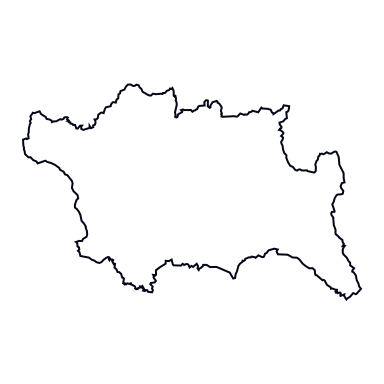 Yamethin, Mandalay, Myanmar (orthographic projection)
{"feature_id": "60261553B80519287808549", "entity_name": "Yamethin", "entity_type": "district", "adm_level": 2, "iso_a3": "MMR", "parent_name": "Myanmar", "parent_adm1": "Mandalay", "projection": "orthographic", "projection_center": [96.12, 20.484], "detail": "fine", "context": "isolated", "style": "outline", "palette": "ink", "viewbox_px": 384, "rotation_deg": 0, "n_neighbors": 0, "source": "geoboundaries", "source_scale": "gbopen_adm2", "svg_char_len": 5976}
<svg xmlns="http://www.w3.org/2000/svg" viewBox="0 0 384 384"><path d="M80.4,256.0L89.0,257.6L91.4,259.5L94.3,260.6L96.5,262.2L99.4,263.0L101.7,261.9L103.4,259.9L106.2,257.9L107.7,257.1L108.9,257.1L109.7,258.1L109.0,258.0L108.9,259.5L109.2,259.9L109.3,259.1L109.8,258.8L111.4,259.8L112.1,259.5L113.2,260.1L112.3,261.5L113.5,263.7L114.3,263.7L114.2,264.3L115.0,264.2L114.5,267.7L116.3,269.1L117.6,272.0L119.3,272.2L121.1,273.8L122.2,277.6L123.5,277.9L123.9,278.5L123.2,283.1L124.1,283.2L124.1,284.0L124.6,284.4L125.6,283.7L126.1,284.3L127.2,283.4L130.2,284.1L130.5,283.3L131.0,283.3L131.2,284.6L132.4,284.9L134.9,286.4L135.5,287.9L135.2,288.5L136.2,289.2L138.1,288.7L138.3,287.9L140.5,287.5L140.3,286.8L141.1,287.2L141.3,286.6L142.3,287.7L142.7,286.6L144.0,288.9L143.1,290.6L144.8,291.0L144.9,290.0L147.2,290.2L148.0,291.8L152.1,292.3L152.9,290.2L152.0,288.5L152.7,286.6L150.3,284.1L150.8,283.0L154.8,282.4L155.9,280.9L153.6,277.6L153.7,275.8L153.2,274.9L154.3,275.0L154.9,275.8L156.1,274.7L155.9,270.3L160.1,267.1L165.6,263.7L165.7,260.8L169.0,261.1L171.6,259.6L172.7,264.0L173.5,265.3L180.9,265.6L182.7,263.8L184.1,265.0L185.9,264.1L187.6,264.1L188.8,265.3L189.6,267.5L191.5,265.9L193.1,266.9L196.7,263.8L198.0,266.0L197.5,268.5L198.7,270.0L199.3,268.6L200.7,268.0L202.8,266.2L203.2,264.9L206.5,264.9L210.2,267.1L215.5,266.9L217.2,267.2L229.8,272.6L233.2,278.5L235.1,278.0L235.7,274.0L236.9,271.6L238.5,265.7L240.0,263.7L242.3,261.9L242.6,260.7L243.4,261.1L244.9,260.2L245.2,258.9L248.7,257.4L250.8,257.4L251.5,256.6L254.8,257.2L255.6,257.8L258.4,255.4L262.1,257.1L263.3,257.0L264.0,256.6L265.1,253.6L266.5,253.1L268.6,250.3L274.3,248.7L277.7,249.5L276.6,251.4L277.9,254.3L287.6,254.7L292.7,257.5L296.9,257.7L299.1,259.2L302.8,263.8L305.7,266.1L309.3,268.3L312.6,268.2L314.8,270.3L315.0,273.4L315.6,275.1L316.8,275.3L322.4,280.2L323.1,279.8L324.7,280.5L326.9,284.8L330.8,287.4L330.9,288.7L332.9,288.6L334.6,289.5L337.0,289.8L336.9,290.7L335.5,291.8L336.1,292.7L337.4,292.1L337.8,293.1L339.8,292.5L340.8,293.3L340.3,294.9L340.6,295.9L344.3,294.4L344.1,295.9L346.4,299.5L347.7,298.1L349.8,297.0L353.2,293.1L355.8,294.2L356.4,294.0L361.0,288.8L359.1,286.4L358.5,283.7L356.8,280.3L355.8,275.4L353.6,272.3L352.2,271.6L352.4,270.3L354.1,268.2L350.2,265.4L350.1,262.6L348.6,261.2L346.7,257.6L343.4,254.3L342.8,252.8L342.7,249.7L343.6,247.5L344.7,246.0L342.7,246.1L343.9,244.1L342.7,242.2L342.4,240.0L339.3,237.7L338.1,236.1L335.8,234.3L335.4,232.4L335.6,230.0L333.8,225.0L333.2,217.5L331.5,215.0L331.2,213.3L331.9,211.9L334.3,211.9L334.6,211.2L332.3,204.3L333.7,201.9L334.5,198.7L335.4,197.0L336.3,195.5L337.6,194.5L340.9,194.4L342.8,193.7L343.3,190.9L341.2,188.1L340.6,186.2L341.9,183.1L344.5,182.4L343.7,178.4L343.6,173.1L339.4,164.8L338.7,157.1L336.6,152.1L335.8,151.5L334.1,151.8L331.0,153.7L328.6,153.3L326.8,152.2L323.6,154.3L321.6,153.6L320.6,154.1L320.0,153.9L319.4,155.9L318.4,156.4L317.8,159.7L316.5,161.0L315.3,164.5L315.9,167.2L315.7,171.1L314.2,172.6L307.6,171.1L307.1,170.4L302.0,170.5L300.0,169.4L298.5,169.6L297.1,170.6L295.2,169.9L293.0,167.0L290.3,165.8L288.1,162.4L286.3,157.8L286.4,155.2L284.4,153.2L283.2,150.0L282.5,145.5L281.4,143.4L281.2,141.9L283.1,138.4L283.1,137.5L281.1,136.0L283.3,133.7L283.3,132.5L281.0,130.5L279.1,129.9L280.1,128.6L281.3,128.0L281.6,127.1L279.7,124.3L279.5,122.6L283.1,121.4L285.4,118.9L286.9,118.2L286.3,112.2L287.8,111.5L288.6,110.3L289.2,106.2L283.7,105.3L282.5,108.4L280.9,109.1L279.9,110.5L278.4,110.6L273.4,114.2L273.1,113.0L271.9,112.4L270.7,109.7L267.4,108.8L262.5,108.5L261.4,107.6L258.2,112.3L252.4,110.7L251.5,111.8L249.0,112.3L248.8,113.2L246.9,114.7L245.0,114.4L244.2,114.9L240.3,113.5L237.5,116.4L236.4,116.6L233.8,116.2L222.7,116.8L221.6,116.5L221.9,116.0L221.2,114.2L221.9,113.6L220.9,111.0L221.7,107.7L221.5,106.9L219.4,103.7L217.6,102.8L217.6,101.9L216.7,100.9L212.5,102.3L210.4,105.6L210.5,107.1L209.7,107.8L207.8,106.3L207.9,100.6L206.6,100.2L205.7,100.4L204.3,102.3L204.6,105.5L199.6,105.9L198.4,106.4L197.1,109.2L196.2,109.4L195.1,110.4L193.9,110.6L192.4,111.7L190.9,110.0L184.4,110.1L183.1,109.5L181.1,110.1L182.3,111.3L182.0,112.2L178.2,114.3L177.3,117.2L176.3,117.5L175.1,116.8L175.6,115.1L175.0,112.3L176.7,105.2L176.6,102.6L175.8,100.4L176.0,98.0L174.8,96.8L175.5,96.7L175.6,96.2L175.3,95.7L173.7,95.4L173.7,91.2L172.4,88.0L171.5,88.9L170.2,89.0L170.0,88.7L169.0,90.1L166.9,90.8L164.9,93.0L162.9,93.0L162.5,94.0L161.1,93.7L156.0,94.2L152.9,93.7L150.9,95.6L148.7,95.3L142.6,91.8L141.3,88.8L139.6,87.4L138.7,85.3L136.4,84.7L134.8,85.8L133.2,86.0L130.6,84.5L127.9,84.6L125.9,86.7L124.4,89.6L120.5,91.1L120.0,93.4L118.5,94.3L118.2,98.5L116.7,99.3L115.8,102.6L113.2,102.1L111.9,103.1L111.0,104.6L110.7,106.2L105.9,107.3L104.8,109.3L103.6,113.1L102.2,112.6L101.0,112.7L98.2,114.8L97.9,117.8L96.6,119.3L94.6,119.5L95.4,121.1L95.5,123.0L94.9,124.7L93.1,125.4L93.3,127.1L90.9,128.2L89.6,126.0L89.6,127.9L83.3,129.9L81.3,128.9L81.2,126.6L81.9,125.7L80.1,125.7L77.6,128.6L76.3,128.4L75.1,125.0L73.0,124.9L72.4,123.9L70.5,123.6L70.3,122.3L68.8,122.2L68.8,121.1L67.8,120.9L68.6,120.4L67.1,119.2L67.8,117.6L66.9,117.1L64.4,117.4L63.6,118.8L61.8,119.6L60.1,119.2L56.3,121.3L53.5,121.4L52.0,122.1L51.5,120.6L49.6,119.5L46.6,118.9L45.8,117.1L41.0,114.0L39.6,111.3L34.2,113.2L32.9,112.7L30.4,116.3L31.2,119.2L29.9,120.9L30.7,123.0L30.0,123.8L28.9,128.4L28.7,132.7L28.1,134.1L28.6,138.3L27.0,139.1L26.3,138.5L25.5,138.7L23.0,139.7L23.4,145.6L24.1,148.0L23.8,149.4L24.6,150.9L25.0,154.0L28.5,157.4L30.5,157.2L33.2,160.1L36.4,161.4L37.7,163.4L45.3,160.7L47.3,162.0L51.2,163.0L55.2,165.0L59.3,168.0L60.1,169.8L63.7,171.8L64.9,174.3L67.4,175.2L72.0,181.1L72.6,183.3L71.9,187.9L73.6,191.3L77.5,195.0L78.2,198.4L76.4,200.2L74.9,204.9L75.0,207.6L76.8,209.0L78.8,211.6L80.3,214.6L81.6,220.9L83.9,223.4L85.9,226.8L85.7,227.9L86.9,230.9L87.2,234.4L86.6,236.7L83.2,238.8L81.9,241.1L79.2,240.9L75.9,242.0L77.3,243.4L77.5,246.5L79.0,247.4L79.3,249.5L78.0,250.8L79.4,252.0L80.4,256.0Z" fill="none" stroke="#020617" stroke-width="2"/></svg>